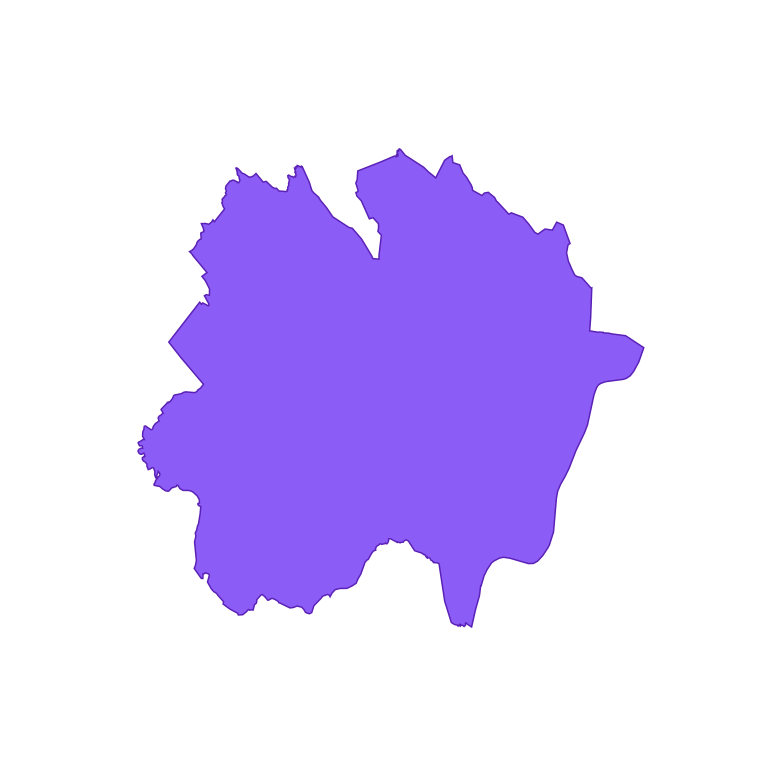 Sventes pag., Daugavpils, Latvia (Robinson projection), rotated 66°
{"feature_id": "27541924B80742795502066", "entity_name": "Sventes pag.", "entity_type": "district", "adm_level": 2, "iso_a3": "LVA", "parent_name": "Latvia", "parent_adm1": "Daugavpils", "projection": "robinson", "projection_center": [26.339, 55.911], "detail": "fine", "context": "isolated", "style": "filled", "palette": "violet", "viewbox_px": 768, "rotation_deg": 66, "n_neighbors": 0, "source": "geoboundaries", "source_scale": "gbopen_adm2", "svg_char_len": 6170}
<svg xmlns="http://www.w3.org/2000/svg" viewBox="0 0 768 768"><g transform="rotate(66 384 384)"><path d="M641.6,402.8L627.4,392.2L616.2,382.9L607.7,377.8L608.0,377.5L599.8,370.5L595.4,365.2L591.2,358.6L590.4,355.7L590.0,349.2L590.9,345.3L594.3,339.9L606.8,325.1L608.7,320.5L608.3,315.8L605.5,309.1L600.2,300.7L598.2,298.3L588.1,289.3L558.2,272.8L552.5,268.9L547.5,263.5L542.2,256.3L536.2,249.1L522.9,235.7L510.2,220.8L504.2,214.8L479.2,196.5L474.1,191.6L472.6,189.6L471.9,187.8L471.6,185.6L472.0,180.6L477.1,163.4L477.4,160.2L476.6,155.7L474.1,150.9L467.5,142.3L456.5,131.9L438.1,143.7L430.8,155.7L429.1,157.8L426.6,162.6L426.1,162.6L424.0,166.3L423.9,167.2L419.1,174.5L407.8,168.4L380.7,155.1L380.7,155.8L367.5,160.0L364.0,164.3L361.8,165.5L355.3,165.7L346.8,165.6L338.5,163.9L332.4,159.8L331.8,159.1L331.3,156.9L311.7,155.5L306.4,160.4L311.9,167.6L307.9,173.9L309.7,182.5L306.7,184.6L296.9,186.7L288.1,189.3L279.4,198.1L279.7,200.9L264.0,206.2L262.9,206.9L258.6,207.1L251.3,210.8L250.4,214.7L251.7,217.8L243.2,224.3L240.6,223.5L237.5,223.4L228.6,224.5L223.5,226.0L214.6,225.7L209.8,231.0L203.2,229.0L203.5,230.3L203.0,231.3L204.3,237.6L216.7,252.9L208.0,257.3L202.1,259.6L183.7,271.6L176.5,273.5L175.5,274.3L175.5,274.8L176.7,275.3L176.5,275.8L177.1,276.2L176.1,276.6L176.3,277.1L177.9,278.0L179.5,277.9L179.4,278.9L180.1,278.7L180.1,278.0L181.5,278.8L180.4,279.9L181.2,280.4L181.2,280.9L180.3,281.3L180.0,281.9L179.8,296.3L178.7,321.3L186.4,325.4L189.0,328.0L196.1,328.9L197.7,329.5L197.6,331.8L201.2,332.3L207.5,330.2L227.2,330.2L227.6,326.4L235.3,323.9L238.7,325.2L242.2,327.5L247.0,325.9L264.2,336.1L267.9,337.8L264.9,343.2L262.0,343.1L242.6,345.5L228.9,349.6L226.8,352.3L210.5,362.8L199.9,364.7L190.2,367.4L186.8,367.7L180.6,370.5L177.9,371.2L169.4,370.2L152.4,370.3L152.2,371.1L151.9,371.0L152.3,371.7L151.5,371.8L150.7,372.7L150.4,374.0L149.7,373.7L149.1,374.4L150.0,375.1L149.6,375.5L149.7,376.2L151.2,376.7L151.2,377.3L150.8,377.4L151.7,377.9L151.3,378.1L154.6,378.6L154.4,379.2L156.5,379.1L158.0,379.9L158.5,380.3L158.1,380.8L158.7,381.0L158.2,382.3L158.4,382.7L157.3,383.1L156.7,384.5L154.4,386.0L154.5,387.1L156.5,387.7L159.0,387.3L162.0,389.6L163.8,390.3L165.0,391.8L167.2,392.8L167.1,393.4L168.4,394.1L168.5,394.9L165.0,401.4L161.4,402.6L160.9,404.3L158.7,406.0L151.0,409.2L150.3,412.3L139.6,415.3L140.8,418.7L140.8,421.3L140.1,422.9L140.3,423.0L135.3,426.2L133.8,427.8L127.6,429.9L126.4,431.2L126.7,431.6L128.8,431.3L129.1,431.8L131.1,431.8L131.1,432.1L132.4,432.6L133.5,432.8L135.1,432.0L137.9,432.8L139.1,432.6L141.0,434.7L140.2,436.1L139.7,435.9L136.7,438.3L136.1,440.0L136.5,441.1L135.9,442.1L138.9,447.9L141.1,449.4L143.5,449.4L144.9,451.1L147.0,451.0L147.4,452.8L148.5,454.0L148.3,454.7L148.9,455.2L149.0,456.2L149.9,457.0L151.0,457.1L152.3,457.9L152.4,458.4L156.9,458.8L159.2,458.4L166.8,473.0L164.5,473.5L166.0,475.8L166.8,479.0L164.7,481.9L163.2,485.6L168.4,485.7L171.4,486.5L171.6,490.0L177.1,492.0L177.0,493.4L177.7,495.8L178.4,497.0L180.6,499.0L183.0,502.8L183.9,505.6L183.9,507.8L187.0,506.6L188.8,506.4L210.2,500.4L211.6,506.5L217.0,505.2L226.1,504.7L231.9,507.4L230.1,510.1L230.3,512.2L240.0,511.4L241.1,512.3L240.4,513.3L236.2,516.6L237.0,518.3L234.3,519.1L258.2,563.6L277.3,558.8L310.8,549.0L313.1,553.2L313.7,556.4L314.8,558.2L314.9,559.7L314.7,560.8L310.5,568.4L310.1,570.9L310.4,573.1L308.9,579.8L309.0,580.7L311.5,583.5L313.1,586.8L312.8,588.8L313.3,588.5L313.3,590.2L316.3,597.5L316.7,598.1L320.9,597.5L320.9,598.7L321.5,599.6L321.9,602.3L322.6,603.6L323.3,604.2L326.3,604.6L327.2,609.0L329.0,612.1L330.8,613.5L331.2,614.7L330.9,615.5L325.6,618.8L325.1,619.4L325.2,620.3L327.8,621.8L329.6,623.8L333.4,625.8L337.3,625.5L336.7,626.7L337.3,629.9L337.3,631.9L337.8,632.6L341.0,632.5L341.9,630.3L342.4,630.1L344.5,630.6L343.8,632.1L344.0,634.4L345.0,635.9L345.9,636.1L347.4,636.0L349.0,635.2L349.7,633.8L349.3,632.0L349.7,631.4L352.7,631.8L353.1,632.8L352.6,633.1L353.1,634.7L354.4,635.4L356.3,635.2L358.2,633.9L360.9,633.1L362.5,634.0L366.3,634.2L366.5,632.2L366.1,629.9L366.9,628.7L370.8,628.9L373.6,630.4L376.8,630.7L377.0,630.0L376.6,629.3L375.0,628.8L373.3,626.7L372.0,625.8L374.0,625.2L375.4,625.5L376.6,626.5L376.9,627.8L378.2,629.3L378.6,630.8L379.6,632.2L381.9,634.2L381.9,634.9L383.2,635.1L386.4,630.5L389.9,628.9L392.8,626.9L394.2,624.7L394.1,623.6L392.4,619.8L392.8,619.1L393.1,615.3L392.1,614.1L393.2,613.4L396.6,613.0L399.5,610.8L401.8,605.7L403.6,603.5L405.2,602.4L410.3,600.1L414.7,599.8L417.7,601.1L417.5,602.5L417.9,602.9L419.5,602.9L421.4,601.2L428.0,604.9L436.5,610.5L437.7,612.0L441.5,614.8L443.3,617.0L446.4,617.7L451.2,621.3L468.7,627.1L472.6,629.7L475.3,632.4L487.3,630.0L488.0,628.6L483.8,626.5L484.3,624.9L483.7,624.0L486.3,621.4L487.8,621.4L493.1,625.8L500.9,625.1L504.4,624.0L507.2,622.1L509.6,621.7L517.6,619.1L519.6,620.5L527.1,616.2L533.8,611.0L535.8,611.0L537.3,606.9L536.3,603.0L534.9,599.6L536.0,598.7L536.4,596.9L537.3,595.5L533.0,592.2L532.3,589.8L530.4,588.4L529.4,588.2L526.8,582.4L526.8,580.9L529.5,579.5L534.2,578.1L534.5,577.4L534.2,573.6L536.1,571.5L539.5,569.1L541.2,569.0L541.7,568.2L550.3,561.0L551.3,557.8L551.5,553.8L554.3,550.1L556.9,549.0L560.4,548.6L561.5,548.0L563.6,545.5L563.4,543.0L558.1,538.3L554.1,528.5L552.9,526.3L553.3,521.1L554.7,519.9L556.4,519.8L554.0,516.7L552.0,512.3L552.9,507.3L555.6,501.1L555.5,495.4L554.7,490.5L551.6,487.2L548.2,482.5L539.1,473.8L537.7,470.6L537.9,469.8L534.0,464.7L532.3,461.8L532.4,459.1L531.5,459.1L529.5,457.2L529.1,456.3L529.0,454.6L528.3,452.5L529.4,451.5L530.1,448.7L529.9,447.5L530.9,447.0L531.1,446.2L530.6,445.1L529.4,443.8L527.3,442.7L528.0,441.0L534.1,436.3L533.7,435.9L535.7,433.8L535.5,433.1L536.3,430.7L535.5,429.5L535.3,427.2L537.4,425.6L548.8,423.8L553.7,418.4L556.3,416.8L556.2,416.5L557.6,415.7L558.3,416.0L560.1,415.5L559.8,414.7L560.7,414.8L560.6,414.4L561.8,412.9L564.1,412.8L564.9,411.9L567.1,411.4L567.0,411.0L567.6,410.9L568.8,408.4L570.5,406.8L607.2,416.9L629.3,419.5L632.5,417.3L633.9,415.2L635.2,414.9L635.3,414.4L634.6,413.4L636.3,412.9L636.1,412.5L634.8,412.1L635.8,411.5L636.4,410.3L638.1,409.5L637.6,407.8L635.5,406.8L635.7,406.1L636.6,406.0L641.6,402.8Z" fill="#8b5cf6" stroke="#5b21b6" stroke-width="1.5"/></g></svg>